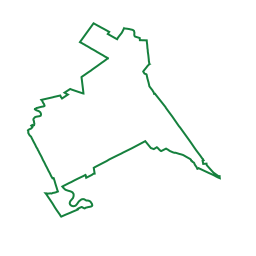 Dumbraveni, Suceava, Romania, rotated 189°
{"feature_id": "2599482B38989463246300", "entity_name": "Dumbraveni", "entity_type": "district", "adm_level": 2, "iso_a3": "ROU", "parent_name": "Romania", "parent_adm1": "Suceava", "projection": "robinson", "projection_center": [26.435, 47.672], "detail": "fine", "context": "isolated", "style": "outline", "palette": "green", "viewbox_px": 256, "rotation_deg": 189, "n_neighbors": 0, "source": "geoboundaries", "source_scale": "gbopen_adm2", "svg_char_len": 5762}
<svg xmlns="http://www.w3.org/2000/svg" viewBox="0 0 256 256"><g transform="rotate(189 128 128)"><path d="M180.1,30.0L176.1,32.6L171.2,35.6L170.5,36.1L164.7,39.7L164.6,39.9L164.8,40.1L165.0,40.3L164.9,40.4L164.1,41.0L162.8,41.9L161.5,42.7L161.2,42.7L160.6,42.5L160.5,42.4L159.8,42.2L158.9,41.9L158.2,41.8L157.2,42.7L156.2,43.1L155.1,43.6L153.1,44.3L152.0,44.8L151.3,45.5L151.2,46.1L151.8,47.5L153.7,49.5L155.3,50.0L156.4,50.1L157.2,49.9L158.0,49.9L158.9,50.3L160.4,50.8L161.5,50.7L162.8,50.2L163.7,49.3L165.1,47.7L166.4,45.0L167.4,43.4L168.3,42.7L169.6,42.2L170.9,42.2L171.9,42.5L172.6,42.9L173.3,43.5L173.8,44.5L173.8,45.4L173.6,46.5L173.0,47.6L171.4,50.2L171.1,52.0L171.2,53.4L171.5,54.4L172.8,55.8L174.7,56.4L177.3,56.7L180.1,57.2L181.2,57.9L182.6,58.9L183.7,59.9L182.8,60.6L179.9,62.7L177.6,64.4L175.6,65.7L172.6,68.0L169.5,70.2L164.1,73.9L162.7,75.0L162.3,74.6L162.0,73.7L161.7,72.8L161.5,72.3L156.4,76.0L155.0,77.4L154.6,77.6L154.1,77.6L153.8,77.7L155.6,83.3L154.4,84.3L147.9,89.1L143.8,92.1L141.6,94.0L133.7,99.6L130.5,101.8L129.1,102.9L121.0,108.6L108.9,117.7L102.3,111.8L99.2,111.2L96.5,113.5L96.0,113.2L95.2,112.7L94.7,112.4L94.4,112.0L92.8,110.9L91.8,110.4L91.6,110.4L87.2,113.6L86.8,113.4L86.4,113.3L85.7,113.0L85.3,112.9L84.4,112.5L83.9,112.2L83.0,111.8L82.1,111.6L81.4,111.4L79.4,110.9L79.0,110.9L78.2,110.8L77.9,110.8L77.7,110.9L77.4,111.0L76.4,110.9L73.1,110.4L71.7,110.3L70.3,110.1L69.6,110.0L68.9,109.8L66.6,108.9L62.3,107.3L61.6,107.0L61.0,106.6L60.8,106.4L60.7,106.2L60.6,105.7L60.2,105.5L59.9,105.4L59.6,105.4L59.4,105.2L59.1,104.7L58.8,104.6L58.2,104.4L57.9,104.3L57.4,104.0L57.0,103.5L56.8,103.1L56.3,102.3L55.1,101.0L54.6,100.6L53.7,99.4L53.1,98.5L52.8,98.6L52.5,98.9L52.2,99.1L52.0,99.4L40.7,96.1L38.0,95.4L34.7,94.4L34.1,94.1L31.3,93.2L29.5,92.8L29.8,93.9L30.0,94.8L31.2,94.6L34.8,96.4L34.7,96.0L36.9,97.5L41.0,100.8L44.4,103.6L44.9,105.1L48.1,104.3L48.6,105.7L49.2,107.3L48.3,107.9L49.2,108.8L49.3,109.2L49.8,109.4L52.2,111.9L57.2,116.7L59.9,119.5L62.7,122.5L65.6,125.5L76.6,136.6L77.4,137.3L77.8,137.6L82.3,142.3L86.1,146.3L90.4,150.5L93.9,154.0L94.2,154.5L105.6,165.0L106.7,166.1L107.5,165.8L107.7,166.2L108.0,166.8L108.5,167.6L109.2,168.3L109.7,169.0L113.1,172.2L113.4,172.5L113.5,172.8L114.0,174.1L114.9,176.3L115.6,177.8L116.0,178.7L116.3,179.4L116.5,179.7L116.7,180.2L116.7,180.4L117.2,181.5L117.7,182.9L117.9,183.4L118.0,183.7L118.2,183.9L118.4,184.0L118.9,184.1L119.9,184.2L120.2,184.3L120.5,184.6L121.8,186.1L121.4,187.1L120.5,188.6L119.0,191.2L118.5,192.2L117.8,193.2L117.3,193.8L117.1,194.3L116.8,194.5L117.0,194.6L117.6,196.8L117.9,197.4L118.1,198.5L119.3,203.0L119.7,204.3L120.4,206.5L120.5,207.2L121.0,209.1L121.2,209.5L121.9,212.5L122.0,213.0L122.1,213.3L122.9,216.1L123.1,217.1L123.2,217.5L130.0,216.6L130.5,218.7L135.3,219.4L135.7,219.7L136.1,220.2L136.4,221.2L136.5,221.9L136.5,222.9L137.0,224.2L137.3,224.9L138.2,225.4L138.7,225.6L139.4,225.7L141.3,225.8L142.1,225.9L143.1,225.9L144.5,225.9L146.7,225.8L147.3,225.8L147.5,225.9L148.6,222.3L149.0,221.3L149.1,220.9L149.4,220.4L150.6,218.3L151.6,216.5L151.9,215.9L152.1,215.5L152.6,214.0L154.4,214.6L160.5,216.9L162.7,217.7L161.6,220.0L167.4,222.1L170.6,223.2L178.4,226.0L183.8,215.4L188.9,205.3L188.2,205.0L187.3,204.8L186.8,204.6L185.1,203.9L184.0,203.6L183.0,203.1L182.8,203.0L181.8,202.7L179.7,201.9L177.5,201.0L176.9,200.7L174.5,199.9L172.7,199.2L171.8,198.9L171.5,198.7L170.8,198.4L169.8,198.0L169.4,197.9L166.4,196.7L165.5,196.4L164.1,195.9L162.1,195.0L161.8,194.9L161.1,194.7L160.3,194.4L158.7,193.8L158.7,193.7L158.8,193.7L162.4,190.0L163.9,188.6L168.2,184.3L171.1,181.5L172.1,180.5L172.9,179.7L173.5,179.0L175.6,177.1L177.8,175.0L178.6,174.2L181.6,171.4L181.9,171.0L180.9,167.6L180.2,165.1L180.0,164.4L178.4,158.8L177.7,156.3L177.4,155.1L177.7,155.1L182.6,155.9L189.5,157.1L191.2,157.5L196.2,153.0L194.3,152.2L192.6,151.6L196.3,148.2L197.8,146.8L198.0,147.0L198.3,147.4L198.9,147.9L199.1,148.1L199.5,148.8L200.0,149.5L206.0,147.1L207.0,146.6L218.0,142.2L217.9,142.1L217.5,141.9L217.4,141.8L217.0,141.3L216.5,140.7L216.0,139.9L215.6,139.4L214.7,138.5L214.5,138.1L214.3,137.7L214.0,137.2L213.9,137.0L213.9,136.8L214.1,136.6L214.3,136.4L214.8,136.1L215.4,135.9L216.6,135.5L219.4,134.3L220.0,134.0L220.2,133.9L221.3,133.5L221.6,133.3L222.2,132.6L222.7,132.4L222.9,132.3L222.9,131.9L221.4,131.2L218.7,130.7L217.1,129.8L216.3,128.6L216.0,127.5L216.2,126.5L217.3,125.8L219.2,125.2L220.6,124.7L221.6,124.1L222.5,122.7L222.8,121.9L222.6,121.0L221.9,120.0L221.9,119.4L221.2,117.8L221.2,116.1L222.1,115.3L223.0,116.0L223.9,115.2L222.9,114.4L222.6,113.8L223.5,112.4L225.5,111.1L226.5,110.0L226.4,109.8L226.2,109.6L225.9,108.8L225.8,108.5L225.8,108.0L225.8,107.7L225.7,107.5L225.6,107.3L225.4,107.0L225.1,106.7L224.3,105.7L224.0,105.3L223.7,105.1L222.4,104.3L222.3,104.2L221.4,102.8L220.7,101.9L220.6,101.7L220.1,101.1L219.9,100.8L219.7,100.4L219.4,100.1L218.9,99.4L217.0,96.9L215.8,95.1L215.4,94.6L215.2,94.4L215.0,94.1L214.7,93.8L214.3,93.4L214.2,93.3L213.7,92.3L213.5,92.1L213.1,91.6L212.8,91.3L212.5,90.9L211.8,89.8L208.9,86.0L207.5,83.9L207.2,83.4L206.6,82.6L206.3,82.2L205.7,81.5L204.7,80.1L203.2,77.9L202.1,76.5L201.9,76.2L200.6,74.4L199.8,73.2L199.1,72.4L198.7,71.8L198.5,71.6L198.0,70.9L196.3,68.4L195.3,67.2L195.0,66.9L194.7,66.5L194.0,66.8L193.8,66.8L193.6,66.9L193.3,66.5L193.2,66.1L192.3,64.4L191.7,63.1L191.0,61.6L189.1,57.8L188.2,55.9L187.8,55.2L187.3,54.3L187.6,54.1L187.8,54.1L188.0,54.0L188.1,53.9L189.0,53.3L189.4,53.1L190.8,52.5L191.9,52.2L192.2,52.0L193.3,51.3L193.7,51.3L194.3,51.3L194.5,51.3L195.5,51.0L196.3,50.8L196.6,50.7L196.9,50.6L197.3,50.6L197.9,50.7L198.5,50.7L199.2,50.6L198.5,50.0L196.3,47.6L194.4,45.6L193.3,44.4L190.8,41.7L187.7,38.0L185.5,35.6L181.5,31.5L180.9,30.7L180.1,30.0Z" fill="none" stroke="#15803d" stroke-width="2"/></g></svg>